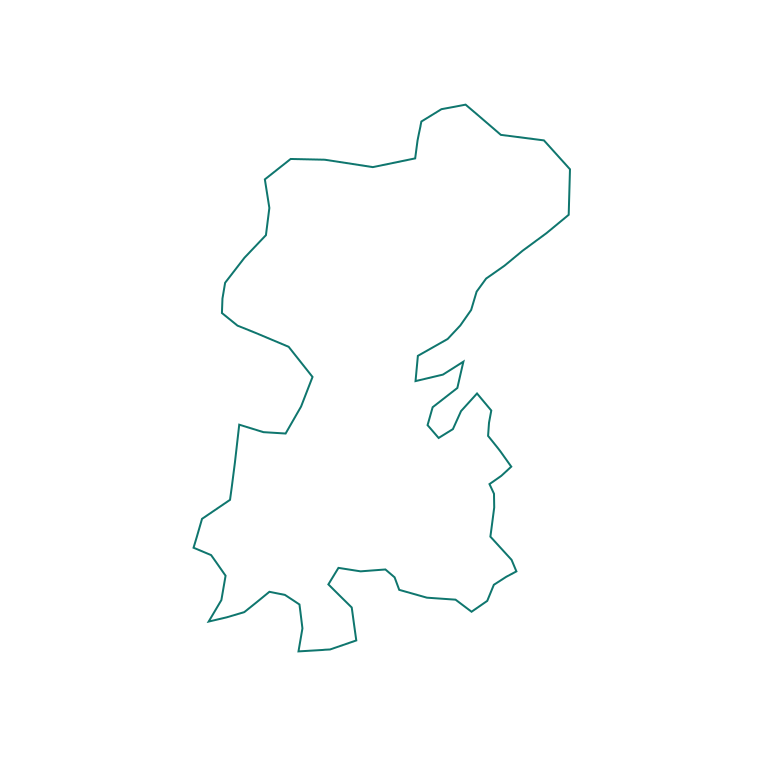 map outline of Xocavənd (orthographic projection), rotated 335°
{"feature_id": "AZE-1734", "entity_name": "Xocavənd", "entity_type": "District", "adm_level": 1, "iso_a3": "AZE", "parent_name": "Azerbaijan", "parent_adm1": "", "projection": "orthographic", "projection_center": [46.968, 39.63], "detail": "fine", "context": "isolated", "style": "outline", "palette": "teal", "viewbox_px": 768, "rotation_deg": 335, "n_neighbors": 0, "source": "natural_earth", "source_scale": "10m", "svg_char_len": 1618}
<svg xmlns="http://www.w3.org/2000/svg" viewBox="0 0 768 768"><g transform="rotate(335 384 384)"><path d="M273.9,387.3L299.3,369.4L322.2,347.4L313.3,310.0L289.2,283.4L275.9,269.2L267.1,251.2L273.7,238.3L282.8,225.1L310.9,210.6L339.9,199.2L354.5,176.0L362.5,148.2L394.5,140.6L425.1,155.7L465.5,182.7L507.6,192.7L517.3,177.5L521.4,171.9L526.0,165.8L526.0,165.7L528.8,161.9L533.2,161.4L552.2,159.2L564.9,162.5L576.0,165.3L582.6,179.7L595.2,207.6L622.4,224.8L631.9,230.8L643.3,268.0L622.9,308.7L594.8,316.0L581.7,318.6L581.4,318.7L565.9,321.8L543.2,327.7L521.1,331.6L507.0,339.4L494.3,353.7L477.9,363.2L460.7,370.1L431.6,372.4L426.6,372.8L413.8,394.7L441.4,400.4L465.4,397.3L457.9,406.9L448.8,418.6L418.3,425.6L416.2,428.0L406.1,439.7L410.7,456.0L427.4,454.0L442.4,441.1L464.3,431.9L470.0,453.4L462.8,463.5L456.4,475.0L460.2,490.6L461.0,494.2L464.4,512.7L451.5,516.8L443.1,518.3L437.3,519.3L437.3,530.0L435.4,534.2L431.7,542.5L420.2,560.6L415.9,567.3L422.3,587.7L425.3,597.3L424.8,609.8L413.3,610.4L398.7,612.4L385.9,624.2L367.1,627.4L357.7,609.7L332.6,595.8L310.8,577.0L311.9,563.7L306.9,552.7L295.3,548.3L283.6,543.9L266.5,532.4L265.0,531.4L248.9,542.1L254.3,556.8L260.3,572.9L259.3,576.2L255.6,588.1L250.5,604.7L222.9,601.8L218.5,600.0L215.7,599.0L193.5,590.2L206.8,571.0L211.8,555.6L214.2,548.1L210.3,541.7L205.1,533.3L192.3,523.9L176.6,527.9L161.0,531.7L142.9,529.0L124.7,525.2L145.3,511.1L159.4,490.8L158.9,488.0L156.9,476.5L155.0,466.0L142.2,451.9L149.7,443.5L162.1,429.3L195.5,423.9L199.3,418.0L202.2,413.5L215.8,392.0L235.6,359.7L254.4,376.7L273.9,387.3Z" fill="none" stroke="#0f766e" stroke-width="2"/></g></svg>